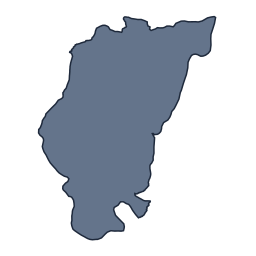 outline of Quthing, Quthing, Lesotho, rotated 269°
{"feature_id": "5366337B136764020744", "entity_name": "Quthing", "entity_type": "district", "adm_level": 2, "iso_a3": "LSO", "parent_name": "Lesotho", "parent_adm1": "Quthing", "projection": "orthographic", "projection_center": [27.658, -30.405], "detail": "fine", "context": "isolated", "style": "filled", "palette": "slate", "viewbox_px": 256, "rotation_deg": 269, "n_neighbors": 0, "source": "geoboundaries", "source_scale": "gbopen_adm2", "svg_char_len": 5527}
<svg xmlns="http://www.w3.org/2000/svg" viewBox="0 0 256 256"><g transform="rotate(269 128 128)"><path d="M237.9,216.1L237.5,212.9L236.7,209.4L235.3,206.9L233.7,204.0L232.8,200.1L233.1,197.1L233.1,193.7L233.1,190.3L234.0,186.3L233.9,183.0L231.8,177.7L229.5,176.1L228.4,174.9L229.2,171.3L229.2,168.6L228.0,166.3L227.5,164.5L227.5,161.5L227.8,159.1L226.6,157.3L225.9,155.0L225.1,152.8L226.4,151.3L228.6,151.8L229.7,149.7L231.8,149.1L233.7,149.1L235.0,146.5L236.3,143.0L236.3,139.8L236.9,136.5L237.4,133.3L238.7,130.5L238.8,130.0L238.8,129.1L239.1,127.8L239.1,127.0L239.1,126.6L238.6,125.9L238.0,125.5L237.3,125.4L236.8,125.5L236.7,125.5L236.1,126.0L235.1,126.4L234.5,127.0L234.0,127.4L233.5,127.4L232.8,127.5L231.9,127.5L231.0,127.8L230.2,128.0L229.4,128.2L229.2,128.1L228.8,127.5L228.6,126.7L228.2,126.5L227.7,125.3L227.4,124.6L227.0,124.2L226.4,124.0L225.9,123.9L225.1,124.0L224.2,123.5L223.8,123.3L224.6,119.6L224.7,116.6L225.9,114.1L226.7,111.8L229.5,110.1L230.3,108.8L231.1,106.8L231.1,104.5L230.1,101.8L228.9,99.5L228.3,98.3L225.6,97.2L223.1,96.7L221.0,95.6L219.6,94.6L219.3,94.0L218.7,93.6L218.3,93.5L217.9,93.4L217.3,93.3L216.9,92.7L216.5,92.1L216.4,91.5L216.4,91.0L216.2,90.5L216.2,89.6L216.2,88.6L216.1,87.5L215.2,87.0L214.8,86.2L214.5,84.8L214.1,83.4L213.8,82.3L213.3,81.3L213.1,80.4L212.9,79.6L212.8,79.2L212.7,78.8L212.8,78.3L212.4,78.1L212.2,77.4L212.2,77.0L211.9,76.6L211.6,76.5L211.3,76.5L211.0,76.4L210.7,76.2L210.5,75.9L210.4,75.6L210.1,75.3L210.0,75.1L209.8,74.9L209.4,74.9L209.1,74.9L208.8,74.6L208.6,74.3L208.3,74.1L208.0,73.6L207.6,73.3L207.3,73.1L207.0,72.9L206.6,72.9L206.5,73.1L205.9,73.0L205.8,72.7L205.8,72.4L205.8,72.0L205.6,71.4L205.2,71.1L204.6,71.0L204.3,71.7L204.1,72.3L202.8,73.2L200.7,73.8L197.8,73.0L197.3,72.8L194.6,72.0L193.9,71.8L190.2,71.1L189.5,71.1L188.3,71.0L186.4,70.8L185.4,70.8L182.3,70.5L181.6,70.4L177.2,70.1L173.6,68.6L172.4,68.1L172.2,68.0L171.5,67.8L169.2,67.0L168.9,66.9L168.7,66.8L168.5,66.6L167.1,65.2L165.2,64.2L164.3,63.5L163.6,63.6L162.9,63.5L162.4,63.8L161.9,63.7L159.9,63.5L158.6,62.2L158.3,61.6L157.0,58.8L153.3,56.1L149.3,51.9L143.6,46.2L141.0,45.5L139.3,44.1L136.8,42.5L134.9,42.2L133.2,41.7L130.6,40.6L130.0,40.4L128.1,38.7L127.8,38.7L124.6,38.5L122.3,39.9L121.1,41.4L120.6,42.0L120.0,42.4L119.0,43.1L117.3,43.4L115.5,43.1L111.0,42.0L108.9,42.5L108.6,42.6L105.7,43.6L102.5,45.6L97.4,48.0L94.3,49.8L94.1,50.0L92.9,51.0L92.5,51.3L90.3,53.2L88.3,55.0L86.5,56.3L84.4,58.2L82.7,60.6L80.9,63.5L80.0,66.4L78.6,67.7L78.2,68.0L75.5,66.9L73.9,64.5L71.0,61.9L68.4,61.7L68.2,61.8L67.1,62.3L64.8,64.7L60.7,67.6L60.5,69.0L59.8,70.5L57.0,72.2L53.9,72.7L50.6,72.9L46.8,71.2L45.3,70.9L43.6,70.8L41.0,70.3L39.0,70.3L36.9,70.3L36.5,70.3L35.0,69.9L33.9,69.7L31.2,70.1L30.9,70.2L28.0,71.1L26.6,72.5L24.0,76.1L21.7,79.5L20.0,82.6L19.2,83.9L18.1,85.9L17.3,88.0L16.9,90.5L17.2,94.2L17.2,95.7L17.6,96.9L18.6,99.6L21.5,102.5L22.4,103.4L23.8,105.0L24.2,105.4L25.2,108.0L25.6,109.1L25.2,112.6L25.2,116.7L25.0,119.4L25.2,120.5L25.4,121.7L27.6,122.3L29.4,122.6L32.3,122.1L34.8,119.7L38.2,116.5L40.9,114.0L46.5,112.2L48.8,112.8L51.0,116.7L53.9,118.9L54.3,119.2L54.3,122.1L52.5,124.9L51.6,127.4L49.4,129.1L45.4,131.3L41.4,134.1L38.0,136.9L38.6,138.2L38.5,138.6L38.7,138.8L38.8,139.2L39.0,139.7L39.2,139.9L39.4,139.9L39.4,140.4L39.4,140.8L39.6,141.0L39.9,141.1L40.2,141.5L40.4,142.0L40.7,142.4L41.1,142.5L41.4,142.8L41.8,143.1L42.1,143.3L42.4,143.3L42.7,143.6L42.9,143.6L43.1,143.8L43.5,144.1L43.9,144.5L44.3,144.8L44.7,145.1L44.9,145.1L45.1,145.1L45.2,145.3L45.4,145.5L45.6,145.5L45.8,145.4L46.1,145.3L46.2,145.1L46.4,145.0L46.5,145.1L46.7,145.3L47.0,145.5L47.4,145.6L47.7,145.6L48.0,145.4L48.3,145.4L48.5,145.4L48.6,145.7L48.8,145.9L49.1,146.0L49.4,146.2L49.6,146.4L49.7,146.6L49.7,147.0L49.8,147.1L50.0,147.2L50.2,147.4L50.5,147.6L50.8,147.6L51.0,147.5L51.3,147.3L51.5,147.2L51.8,147.2L52.2,147.3L52.4,147.5L52.9,147.8L53.0,148.1L53.3,148.4L53.5,148.7L53.9,148.9L54.2,149.0L54.5,149.0L54.7,148.4L54.7,147.6L54.8,146.7L54.8,145.9L54.8,145.1L54.8,144.2L54.9,143.8L55.0,143.3L55.1,142.8L55.4,142.1L55.8,141.4L56.4,140.4L56.9,139.6L57.3,138.8L57.8,137.9L58.4,137.0L59.0,135.9L59.5,135.0L60.0,134.4L60.5,133.9L61.3,133.7L61.9,133.7L62.4,133.7L62.3,134.0L62.2,134.3L61.8,134.5L61.9,134.8L62.0,134.9L62.0,135.2L62.1,135.4L62.0,135.8L62.2,136.3L62.4,136.8L62.8,137.0L63.0,137.3L62.9,137.6L63.2,137.9L63.1,138.3L63.3,138.6L63.5,138.9L63.5,139.6L63.8,140.1L64.0,140.7L64.3,141.5L64.4,142.1L64.7,142.6L64.9,142.8L65.3,142.9L65.4,143.2L65.3,143.4L65.4,143.6L65.8,143.9L66.3,144.2L66.8,144.6L67.1,145.0L67.3,145.3L67.8,145.6L68.1,146.0L68.6,146.4L68.8,146.6L69.2,146.7L69.4,147.0L69.7,147.5L70.0,147.7L71.0,147.6L71.9,147.7L72.7,147.3L73.8,147.5L75.1,147.9L76.1,148.1L76.9,148.7L78.0,149.1L78.9,149.4L80.0,149.7L81.2,149.9L82.2,149.9L83.8,149.7L86.8,149.2L89.2,149.2L90.2,149.3L91.8,150.2L92.1,150.8L95.4,152.6L98.6,152.6L102.3,153.5L108.6,153.6L114.0,154.1L116.4,154.3L117.9,154.4L118.8,153.7L121.0,152.7L122.0,152.2L122.1,153.0L121.7,153.5L120.8,154.2L121.0,154.7L121.1,156.1L121.1,156.9L121.5,158.0L122.3,159.2L123.9,160.7L126.6,161.5L128.9,161.7L132.8,163.7L135.3,168.0L138.1,170.0L140.8,171.2L143.7,172.0L146.5,174.5L150.0,176.4L156.0,179.4L162.5,180.9L164.8,182.0L171.5,184.1L177.1,186.1L180.3,187.3L187.0,188.8L192.7,189.2L196.1,190.7L199.4,192.7L200.4,194.5L200.7,196.6L200.2,198.8L199.2,200.6L198.5,202.0L198.6,204.3L199.5,206.9L201.4,209.6L203.9,211.6L209.5,212.4L215.9,212.3L220.2,212.6L225.4,214.4L231.1,216.3L237.0,217.5L237.9,216.1Z" fill="#64748b" stroke="#1e293b" stroke-width="1.5"/></g></svg>